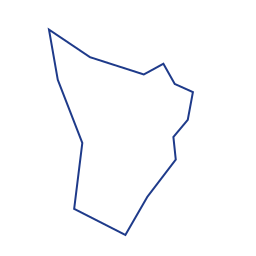 the state/province of San Lawrenz, rotated 354°
{"feature_id": "MLT-5974", "entity_name": "San Lawrenz", "entity_type": "state/province", "adm_level": 1, "iso_a3": "MLT", "parent_name": "Malta", "parent_adm1": "", "projection": "mercator", "projection_center": [14.198, 36.047], "detail": "fine", "context": "isolated", "style": "outline", "palette": "blue", "viewbox_px": 256, "rotation_deg": 354, "n_neighbors": 0, "source": "natural_earth", "source_scale": "10m", "svg_char_len": 334}
<svg xmlns="http://www.w3.org/2000/svg" viewBox="0 0 256 256"><g transform="rotate(354 128 128)"><path d="M114.2,234.1L66.0,202.8L81.0,138.1L63.2,72.7L59.7,21.9L97.6,53.6L149.3,76.4L169.9,67.8L179.1,89.1L196.3,99.1L188.3,126.1L172.2,141.7L172.2,164.4L140.1,198.4L114.2,234.1Z" fill="none" stroke="#1e3a8a" stroke-width="2"/></g></svg>